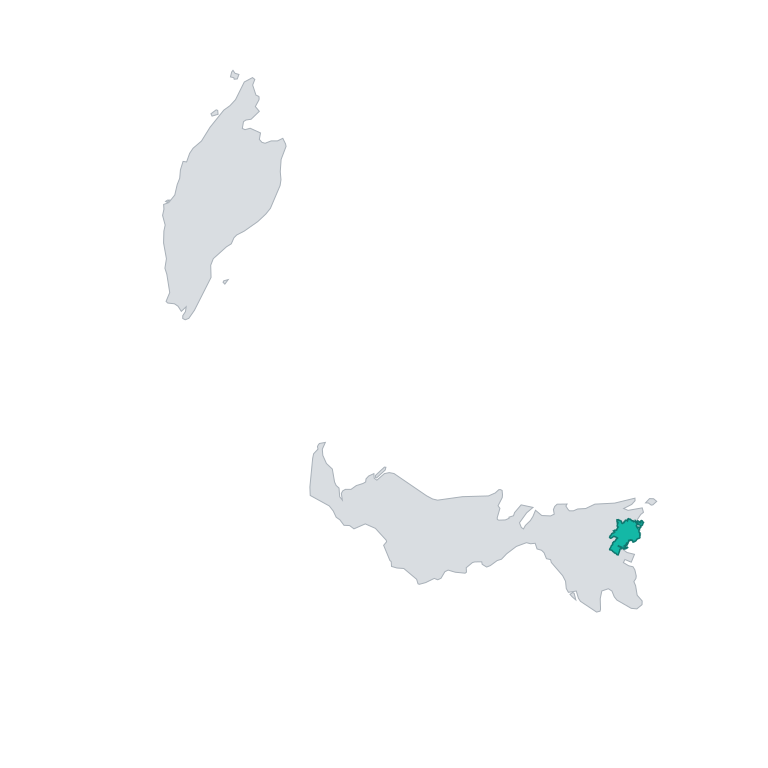 Beluran, Sabah, Malaysia shown in context, rotated 49°
{"feature_id": "92858781B11747054778186", "entity_name": "Beluran", "entity_type": "district", "adm_level": 2, "iso_a3": "MYS", "parent_name": "Malaysia", "parent_adm1": "Sabah", "projection": "natural_earth1", "projection_center": [117.451, 6.209], "detail": "fine", "context": "in_parent", "style": "filled", "palette": "teal", "viewbox_px": 768, "rotation_deg": 49, "n_neighbors": 0, "source": "geoboundaries", "source_scale": "gbopen_adm2", "svg_char_len": 9236}
<svg xmlns="http://www.w3.org/2000/svg" viewBox="0 0 768 768"><g transform="rotate(49 384 384)"><path d="M662.2,381.5L657.9,380.6L652.0,376.4L645.9,374.9L628.4,374.8L625.8,373.5L622.4,376.0L616.3,373.9L612.8,374.2L608.9,376.7L603.4,374.4L600.7,378.2L597.2,380.6L593.4,390.7L592.6,402.8L593.3,410.3L591.5,414.4L590.8,422.9L589.5,426.6L584.5,428.2L582.3,426.9L577.9,432.1L576.8,434.3L576.6,442.5L580.1,445.2L580.0,446.9L572.8,453.7L566.5,457.7L565.6,461.2L568.0,468.4L567.0,471.9L563.7,473.6L561.2,482.9L558.3,488.8L557.1,489.4L552.8,487.5L536.2,490.1L531.3,495.0L526.6,498.0L522.8,495.1L521.0,495.3L505.5,490.1L504.8,485.6L503.3,484.8L487.3,485.2L477.3,489.9L473.6,501.7L468.3,502.8L464.4,506.9L457.5,506.4L453.2,507.5L446.5,505.6L440.1,505.3L419.7,512.8L413.1,507.5L393.3,486.6L390.5,482.9L389.8,476.5L387.6,475.3L386.9,473.7L386.5,471.8L389.6,466.6L392.7,473.3L397.7,477.0L406.2,479.6L414.3,478.8L425.5,485.6L429.2,486.7L433.0,486.2L440.0,491.4L444.3,491.6L438.6,488.0L437.6,485.2L438.2,482.2L441.9,478.0L442.5,471.5L445.3,465.1L445.9,462.1L443.8,459.8L443.4,455.9L445.0,450.4L448.7,453.2L451.9,452.5L451.9,442.5L454.3,438.2L458.1,435.2L496.3,425.2L502.6,422.8L506.8,419.8L520.6,398.6L537.0,378.6L539.2,371.6L539.1,366.6L540.1,365.4L541.8,364.7L545.4,367.3L547.3,369.3L550.7,377.8L553.9,378.1L559.2,386.3L560.5,387.3L562.0,386.8L566.2,381.6L567.4,377.7L566.5,377.1L568.4,372.7L566.7,369.8L565.2,359.8L574.9,352.5L574.8,360.8L577.6,372.8L582.4,374.5L584.9,373.8L583.5,370.1L583.1,363.1L581.7,358.5L578.7,352.5L586.8,351.2L592.9,344.8L593.9,340.9L589.9,338.5L588.4,335.4L588.3,332.2L594.7,324.6L595.4,326.8L599.3,327.4L601.3,327.3L604.0,324.2L605.4,319.8L610.3,313.5L613.0,303.7L625.2,288.1L634.8,269.5L636.8,271.1L637.4,276.0L635.2,284.8L639.5,282.7L646.9,270.4L651.1,272.4L650.9,275.8L652.6,282.0L664.6,290.0L666.3,298.0L663.6,301.1L664.6,308.8L663.6,311.2L659.7,313.4L670.5,311.2L676.9,306.7L680.7,314.3L674.5,317.3L675.8,320.5L681.7,318.6L685.3,316.0L688.8,316.6L694.4,319.6L696.0,321.4L697.1,325.1L701.2,326.4L709.5,331.5L717.1,331.5L719.8,334.0L719.6,340.7L715.5,344.6L699.8,350.0L695.6,349.8L689.8,347.8L685.7,349.0L683.1,355.4L687.9,361.7L696.0,368.3L697.2,370.0L695.6,373.2L677.0,378.3L673.2,377.8L666.4,374.7L662.2,381.5ZM64.4,291.3L66.5,282.2L69.4,281.7L72.2,287.0L81.9,291.1L84.9,289.8L86.2,290.6L87.5,291.9L90.2,299.1L96.4,299.2L97.0,310.6L94.2,315.0L93.8,317.9L98.2,323.3L100.9,322.0L103.2,317.2L113.5,312.5L117.6,317.6L121.5,317.6L124.3,315.8L126.5,309.7L130.6,305.0L132.2,299.2L138.2,300.8L140.4,302.0L147.0,314.3L155.7,323.0L162.2,327.7L166.1,332.3L176.9,354.5L178.2,361.7L178.6,372.7L176.9,389.2L174.9,397.4L175.2,401.3L178.0,407.3L177.1,412.9L177.4,430.6L180.7,436.9L190.1,444.6L204.0,478.7L206.4,488.3L205.1,491.9L202.5,492.9L200.4,491.0L199.1,486.3L195.9,482.6L196.2,489.3L190.2,488.4L186.0,489.5L181.0,494.1L178.7,494.3L174.4,485.7L158.7,475.9L152.9,473.4L146.7,466.0L132.9,457.8L124.2,449.8L120.5,444.9L111.5,440.5L107.7,435.4L103.9,432.5L105.9,427.5L104.1,417.9L97.8,409.2L94.7,403.2L88.8,397.1L84.2,389.6L86.9,387.3L82.4,379.3L80.8,373.4L80.9,362.4L76.1,346.8L72.2,325.2L72.9,317.7L72.0,309.5L64.4,291.3ZM647.3,262.5L645.3,264.6L644.7,258.8L647.5,255.8L651.5,255.2L651.6,260.4L650.7,261.8L647.3,262.5ZM55.2,290.4L57.5,294.6L55.7,297.1L54.3,296.4L51.5,298.4L48.6,294.3L48.2,292.2L51.8,292.6L55.2,290.4ZM450.0,451.2L449.0,451.7L447.4,450.3L447.0,438.2L448.1,437.2L449.7,439.5L450.0,451.2ZM71.6,332.3L69.0,338.0L66.5,337.3L67.0,330.8L68.4,330.0L71.6,332.3ZM672.8,380.9L668.0,381.6L664.7,381.6L665.2,378.3L666.7,377.8L672.8,380.9ZM204.2,438.6L201.6,438.7L201.0,437.2L203.0,433.1L204.2,438.6ZM104.7,428.4L102.9,429.1L103.2,426.7L104.4,425.3L104.7,428.4Z" fill="#d9dde1" stroke="#a8b0b8" stroke-width="1"/><path d="M645.5,307.2L646.2,307.2L646.3,306.9L647.0,306.9L646.9,307.2L646.9,307.4L647.1,307.8L647.1,308.2L647.0,308.6L646.6,309.0L646.4,310.3L646.5,310.7L646.8,311.0L646.9,311.3L646.9,312.8L647.1,313.1L647.4,313.6L647.5,314.1L647.6,314.3L647.8,314.4L648.3,314.4L649.1,314.2L649.3,313.9L649.4,313.2L649.6,312.3L649.7,310.4L650.0,310.2L650.4,310.2L650.8,309.8L653.4,308.7L653.6,308.9L653.4,309.3L653.4,309.5L653.5,309.7L653.5,309.9L653.5,310.0L653.4,310.1L653.4,310.5L653.6,310.6L653.8,310.7L653.8,310.9L653.7,311.1L653.8,311.5L653.9,312.0L654.1,312.4L654.2,312.9L654.2,313.4L653.9,313.8L653.7,314.0L653.8,314.4L654.0,314.8L653.9,315.1L653.9,315.3L654.0,315.4L654.0,315.7L654.2,315.9L654.2,316.0L654.6,316.2L654.8,316.5L655.2,316.8L655.3,316.9L655.3,317.2L655.2,317.4L655.1,318.1L655.2,318.6L655.3,318.7L655.6,319.1L656.2,320.5L656.7,322.1L657.2,322.4L659.0,321.1L659.5,321.1L660.1,321.2L660.5,321.2L661.0,321.0L662.1,320.8L662.6,320.9L662.9,320.8L663.8,320.1L664.6,320.1L665.2,320.2L665.8,320.1L666.1,319.8L666.5,319.5L666.6,319.4L664.4,315.4L663.9,314.9L663.6,314.6L663.6,313.1L663.8,313.0L663.0,312.6L662.2,312.8L661.5,312.8L661.2,312.9L661.0,313.1L660.9,313.3L660.2,313.4L660.0,313.5L659.9,313.2L660.7,313.0L661.1,312.7L661.3,312.6L661.5,312.4L662.2,312.0L662.4,311.9L662.8,312.1L663.0,312.1L663.4,312.0L664.1,312.0L664.3,311.7L664.5,311.3L664.7,311.2L664.8,311.1L664.9,310.9L665.1,310.6L665.8,310.1L665.9,309.9L665.8,309.6L665.7,309.0L665.6,308.8L665.4,308.7L665.3,308.8L665.1,308.8L665.0,308.6L664.9,308.3L664.6,307.9L664.4,307.9L664.1,308.5L663.9,308.7L664.0,308.1L663.9,307.6L664.3,307.0L664.6,306.8L664.8,306.8L665.0,306.6L664.9,305.9L664.6,305.4L664.5,304.9L664.4,304.7L663.7,305.0L663.4,305.4L663.4,305.6L663.2,305.3L663.4,304.9L663.7,304.7L664.1,304.5L664.2,304.4L664.0,304.0L663.7,303.7L663.5,303.2L663.3,302.7L663.2,302.3L662.8,302.1L662.7,302.0L662.5,301.9L662.6,301.7L662.9,301.3L663.1,301.0L663.2,300.8L663.3,300.4L663.4,300.2L663.6,300.4L664.0,300.3L664.2,300.0L664.1,299.8L664.1,299.7L664.3,299.6L664.7,299.4L664.7,299.2L664.8,299.2L664.8,299.4L665.0,299.4L665.2,299.2L665.4,299.1L665.8,299.3L666.0,299.5L666.3,299.5L666.7,299.8L666.8,299.7L666.9,299.3L667.1,299.1L667.2,298.8L667.1,298.5L667.1,298.3L667.2,298.0L667.4,298.0L667.5,297.7L667.4,297.4L667.5,297.1L667.6,296.7L667.4,296.0L667.1,295.0L667.3,293.5L667.4,293.4L667.5,293.4L667.7,293.1L667.9,292.1L667.9,291.9L667.6,291.7L667.6,291.4L667.0,291.0L666.6,290.7L666.3,290.4L666.2,290.1L666.0,290.3L665.8,290.2L665.6,289.8L665.4,289.7L665.1,289.3L665.1,289.1L664.8,289.2L664.5,289.1L664.3,288.9L664.1,288.5L663.4,288.7L663.2,288.7L662.8,288.4L662.1,288.0L661.7,287.6L661.5,287.4L661.4,287.2L661.6,286.9L661.1,286.7L661.1,286.3L660.8,286.0L660.8,285.7L660.7,285.4L660.7,285.2L660.5,284.7L660.3,284.3L660.4,283.9L660.2,283.9L660.0,284.1L659.6,285.1L659.0,286.1L658.9,286.6L658.7,287.0L658.9,287.2L658.7,287.2L658.4,287.2L658.3,286.8L658.3,286.7L657.9,286.8L657.6,286.8L657.2,286.9L657.0,286.7L656.8,286.6L656.4,286.5L656.3,286.3L656.2,286.1L656.2,285.9L656.2,285.7L656.0,285.3L656.0,285.2L655.8,285.0L655.5,284.9L655.4,284.6L655.2,284.8L654.8,284.6L654.8,284.4L654.7,284.3L654.4,284.6L654.2,284.6L653.9,284.8L653.8,284.6L653.7,284.4L653.5,284.2L653.2,284.5L652.9,284.6L652.6,284.5L652.5,284.4L652.4,284.2L652.5,284.0L652.2,284.0L652.4,284.2L652.2,284.3L652.3,284.5L652.0,284.9L651.8,285.3L651.8,285.7L651.8,285.9L651.6,286.0L651.4,286.0L651.3,285.9L651.0,286.0L650.8,285.8L650.5,285.8L650.4,286.0L650.1,286.2L649.9,286.6L649.7,286.7L649.3,286.7L648.9,286.8L648.5,286.7L648.2,286.7L648.0,286.8L647.2,287.0L647.0,287.8L646.0,287.9L646.0,288.5L645.9,288.8L646.5,289.3L646.8,289.6L647.1,290.1L646.1,290.2L646.0,290.4L645.6,290.7L645.2,291.1L645.2,291.4L645.4,291.6L645.6,292.0L645.6,292.5L645.4,293.0L645.7,293.3L646.1,293.7L645.9,294.3L645.7,294.6L645.8,295.4L645.5,295.7L645.2,295.8L644.6,295.7L644.1,295.5L643.9,295.2L643.4,294.9L643.0,294.9L642.6,295.2L642.2,295.5L641.6,295.5L641.4,295.5L641.1,296.1L640.9,296.3L640.4,296.2L640.0,296.2L639.9,296.4L639.9,296.6L639.7,296.8L639.3,297.2L640.5,298.3L640.8,298.3L641.1,298.3L641.4,298.5L641.6,298.3L641.9,298.3L641.9,298.9L642.2,298.7L642.4,298.7L642.7,299.2L643.6,300.6L643.7,300.8L644.2,301.1L644.6,301.4L644.8,301.4L645.0,301.4L645.3,301.1L645.6,301.1L645.6,301.5L646.1,302.8L646.3,303.4L646.9,304.2L646.9,304.4L646.6,304.5L646.4,304.7L646.2,305.2L645.9,305.6L645.6,306.0L645.6,307.0L645.5,307.2ZM658.8,279.1L658.7,278.9L658.4,279.0L658.1,279.1L657.6,279.1L657.0,278.9L656.7,278.9L656.0,279.3L655.8,279.4L655.8,279.6L655.9,279.8L655.9,280.0L655.9,280.3L656.0,280.5L656.6,280.8L657.1,280.9L657.3,281.1L657.3,281.4L656.9,281.7L656.8,281.8L656.5,282.0L656.2,282.1L655.6,281.8L654.7,281.8L653.7,282.3L653.6,282.5L653.6,282.8L654.0,283.2L654.3,283.6L654.5,283.6L654.9,283.6L655.3,283.6L655.7,283.8L656.0,284.2L656.7,284.0L657.0,284.2L657.3,284.1L657.7,283.8L657.9,283.6L658.5,283.4L659.0,283.3L659.6,282.8L659.8,282.5L660.0,282.3L660.0,282.0L659.9,281.7L659.9,281.2L659.3,280.7L659.3,280.4L659.2,280.1L658.8,279.6L658.8,279.1ZM667.3,307.4L667.1,307.4L667.0,307.5L666.9,307.5L666.8,307.4L666.7,307.4L666.4,307.7L666.4,307.8L666.5,308.0L666.4,308.1L666.4,308.4L666.2,308.4L666.2,308.5L666.0,309.3L666.1,310.0L665.9,310.4L665.6,310.5L665.4,310.8L665.2,311.1L665.3,311.2L665.6,311.2L665.8,311.0L666.0,311.2L666.4,310.7L666.2,310.5L666.5,310.2L666.7,309.9L667.0,309.5L667.0,308.8L666.9,308.2L667.2,308.2L667.3,308.0L667.3,307.5L667.3,307.4Z" fill="#14b8a6" stroke="#0f766e" stroke-width="1.5"/></g></svg>